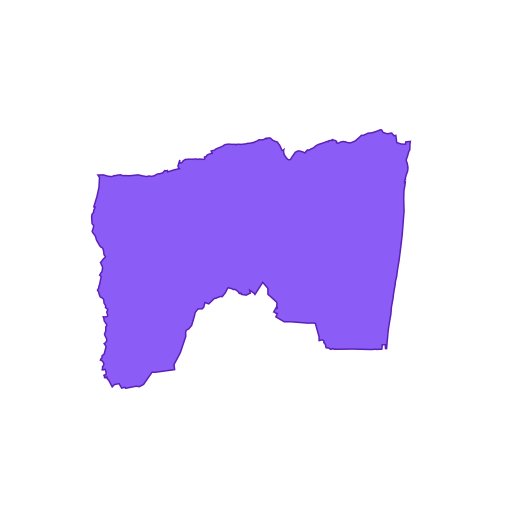 outline of Armería, Colima, Mexico, rotated 247°
{"feature_id": "50627088B45390656969896", "entity_name": "Armería", "entity_type": "district", "adm_level": 2, "iso_a3": "MEX", "parent_name": "Mexico", "parent_adm1": "Colima", "projection": "mercator", "projection_center": [-103.991, 19.009], "detail": "fine", "context": "isolated", "style": "filled", "palette": "violet", "viewbox_px": 512, "rotation_deg": 247, "n_neighbors": 0, "source": "geoboundaries", "source_scale": "gbopen_adm2", "svg_char_len": 6062}
<svg xmlns="http://www.w3.org/2000/svg" viewBox="0 0 512 512"><g transform="rotate(247 256 256)"><path d="M392.3,142.1L389.4,142.6L380.6,138.3L373.0,132.9L364.6,125.9L364.4,126.3L363.8,127.1L363.5,126.8L362.5,125.7L361.8,124.8L360.9,124.1L360.1,124.0L359.5,123.2L358.4,121.3L356.3,120.0L350.0,117.8L349.1,117.9L348.5,118.3L347.6,118.4L347.0,118.2L346.2,117.8L345.2,117.0L344.5,116.5L343.7,115.6L342.6,114.8L341.2,114.9L339.9,115.2L338.1,115.7L336.5,115.8L334.9,115.7L333.5,115.4L331.9,115.5L328.7,115.9L327.1,116.0L325.0,116.6L323.5,117.8L322.4,118.0L321.6,117.7L320.5,117.7L319.2,117.4L317.4,116.8L316.8,116.7L316.0,116.7L314.7,117.1L314.1,117.1L313.8,116.8L313.1,114.7L312.5,113.6L312.4,113.1L311.5,112.0L310.8,110.3L310.0,110.4L308.8,110.3L307.8,110.3L307.0,110.5L306.0,110.4L304.6,109.9L303.1,109.0L302.0,108.1L301.3,107.7L301.1,106.7L299.4,104.6L297.6,105.5L290.8,100.8L289.5,99.5L288.8,99.3L287.7,98.3L286.5,96.7L284.0,97.1L282.3,96.7L279.3,96.6L277.3,98.1L275.7,98.8L271.8,97.7L269.0,98.2L268.0,97.7L267.4,97.3L266.9,97.8L266.4,97.7L265.0,98.7L263.8,98.0L263.1,97.0L262.6,96.6L261.3,96.6L259.3,96.3L258.7,95.9L258.5,95.3L258.5,94.2L259.7,91.6L257.8,91.5L255.3,90.9L254.5,91.3L253.3,91.3L253.1,91.2L252.2,91.7L251.9,91.8L250.2,91.4L249.5,90.1L245.6,88.3L243.3,86.0L241.8,85.9L238.3,86.1L238.1,86.1L236.1,85.4L235.5,84.4L234.8,82.8L234.7,82.0L231.3,82.7L225.1,77.9L224.3,75.3L222.5,74.5L221.8,72.9L221.0,72.1L219.7,73.3L218.8,73.7L216.4,73.9L214.9,73.0L214.1,71.5L212.0,70.6L211.7,70.0L211.3,69.9L210.7,71.3L210.9,72.5L210.5,72.9L207.1,72.5L205.3,71.2L205.7,70.2L205.7,69.5L205.5,69.3L205.2,69.3L204.8,69.7L204.2,69.6L203.6,69.1L202.8,69.4L202.8,69.8L203.1,70.2L202.6,70.6L202.8,71.4L202.5,71.7L201.1,71.1L199.2,71.9L191.7,72.5L193.0,75.4L192.0,80.1L186.9,80.7L186.4,84.0L185.2,84.2L183.0,94.7L181.3,97.5L181.7,102.3L189.7,115.0L188.4,117.6L183.2,136.7L188.1,138.1L196.6,148.6L209.5,160.0L213.0,161.3L214.1,162.1L214.5,162.4L215.0,163.2L215.2,165.6L216.4,168.0L217.3,169.7L224.6,175.7L227.7,177.9L229.8,181.6L229.3,183.6L228.4,185.8L229.2,187.8L233.1,190.8L230.4,193.8L233.2,201.1L232.8,202.2L232.7,207.2L231.8,209.1L234.2,213.5L237.0,216.8L237.7,218.1L236.5,219.4L236.1,220.2L233.9,222.2L233.4,223.7L231.7,224.8L230.7,225.3L229.6,225.8L228.2,225.9L228.0,226.0L227.7,227.6L226.4,227.5L223.8,231.7L224.0,234.7L224.0,236.2L227.0,236.8L222.4,239.7L221.0,240.0L229.1,251.9L221.6,254.3L216.0,252.0L213.9,253.1L205.6,256.9L204.0,256.8L203.5,256.4L201.4,255.4L200.5,255.5L200.5,255.4L200.1,255.5L199.8,255.4L199.7,255.2L199.8,255.2L200.6,254.4L197.6,250.5L197.3,251.0L195.9,251.6L194.7,253.2L192.2,250.5L184.4,256.3L182.0,262.1L174.2,277.0L171.9,282.6L170.8,284.3L157.1,282.5L156.3,282.2L153.5,281.0L153.3,281.5L153.2,283.3L152.9,283.9L152.2,284.9L151.0,285.3L150.2,284.7L148.8,284.8L148.5,285.0L148.1,285.2L147.1,285.2L146.4,285.1L145.3,284.8L144.2,284.7L143.5,285.6L143.5,286.1L143.3,286.4L142.2,287.6L141.2,287.9L141.1,288.0L141.0,288.4L140.6,289.4L140.6,289.7L140.9,290.1L140.9,290.5L139.5,291.6L139.5,292.5L139.0,292.9L132.6,308.6L124.8,325.7L123.4,329.9L122.9,330.5L122.3,332.2L121.4,334.4L121.1,335.5L122.9,336.4L123.3,336.7L124.9,337.3L124.9,337.5L123.8,340.5L121.2,339.3L120.2,339.0L119.7,340.0L125.4,343.0L129.4,345.2L133.3,347.2L137.6,349.7L145.3,354.5L149.7,357.4L155.9,360.6L163.8,365.8L167.2,367.7L171.5,370.4L174.6,372.5L178.2,374.5L182.4,377.6L185.4,379.3L190.3,382.3L195.4,385.6L210.5,394.4L219.0,399.2L239.6,409.9L250.7,414.2L258.7,417.9L262.2,420.3L265.7,422.3L265.7,421.5L266.7,422.0L268.3,423.2L268.1,423.5L269.1,423.8L271.3,425.4L275.0,428.8L277.7,430.3L278.0,430.1L278.7,430.6L280.2,431.0L283.0,431.5L283.2,431.3L285.0,431.6L286.4,432.3L288.3,434.1L292.7,437.7L293.3,438.7L294.3,439.4L298.6,441.3L301.2,442.9L302.5,438.4L300.5,437.2L302.3,433.5L305.4,429.9L312.4,431.8L312.8,430.0L316.2,428.9L317.2,424.7L318.4,423.1L320.2,421.2L322.9,420.9L323.3,420.6L323.6,419.3L323.6,416.7L323.9,412.8L324.2,410.6L324.8,408.5L325.3,407.2L325.1,402.0L325.4,401.4L325.9,400.0L325.5,399.3L324.7,397.1L323.1,392.0L323.1,389.6L323.3,386.8L324.9,384.2L325.6,383.4L326.1,383.1L327.3,381.0L327.5,380.4L327.9,378.1L327.6,376.2L328.6,374.4L330.0,375.0L331.5,373.9L332.5,372.5L332.6,372.4L332.6,371.4L333.2,371.7L333.1,370.2L333.6,368.4L333.6,367.9L333.2,367.2L333.5,367.2L333.7,365.4L333.8,362.3L334.3,357.2L334.1,354.7L333.8,353.1L333.4,352.6L333.0,350.1L333.1,348.8L332.9,347.2L333.0,345.8L332.9,345.8L332.9,345.4L333.5,344.9L333.4,344.2L332.9,343.5L332.7,342.6L332.3,342.1L331.8,341.9L331.8,341.5L332.1,340.9L333.5,339.8L334.2,338.9L335.4,337.5L336.3,335.8L336.3,334.5L336.1,332.6L333.4,328.3L332.2,326.5L331.4,325.6L331.5,324.3L332.3,323.1L334.8,322.2L337.4,321.7L339.1,321.7L340.0,321.8L342.0,322.4L343.0,323.1L342.6,322.0L343.3,321.1L346.0,321.2L348.0,321.1L348.9,321.0L350.5,320.6L351.4,320.4L352.3,320.3L353.0,319.8L354.1,318.4L356.1,316.6L358.9,315.3L359.2,315.0L359.9,313.2L360.0,312.5L359.9,312.0L359.8,311.6L360.5,311.4L360.2,308.2L360.3,308.0L360.8,306.2L361.9,304.1L361.4,302.2L361.5,299.8L361.6,298.9L361.2,297.9L361.7,297.4L361.9,296.0L362.2,294.3L363.0,292.3L363.1,291.0L363.5,289.2L363.9,288.3L364.4,286.2L366.0,283.0L366.1,281.9L366.2,282.0L368.4,277.0L369.7,274.5L370.6,271.3L370.5,269.6L370.1,268.4L370.1,264.9L370.2,262.2L370.1,260.3L369.7,259.6L369.6,258.9L369.8,258.0L370.2,255.8L368.2,255.6L367.7,256.0L367.6,255.9L367.9,254.6L368.1,252.0L368.1,250.7L367.9,250.1L367.0,249.2L367.3,247.3L365.3,246.6L365.5,245.3L366.4,243.6L366.5,243.2L367.3,242.1L367.7,240.0L367.8,240.0L368.2,239.7L368.6,239.0L370.3,234.3L371.4,232.1L371.7,231.0L372.1,229.6L372.5,229.0L372.5,228.8L372.1,226.2L371.0,224.5L371.3,221.9L374.2,223.4L369.3,219.3L367.4,219.2L366.4,219.6L367.3,214.1L367.9,207.6L369.3,207.9L369.6,206.2L370.3,205.5L369.8,204.2L369.0,203.1L369.3,199.7L369.8,198.2L370.0,196.6L369.6,193.8L370.1,191.0L371.5,188.7L371.8,186.4L374.2,182.7L376.7,179.3L379.2,171.2L382.4,164.1L383.6,163.3L384.7,159.7L384.9,157.8L385.5,156.8L385.3,156.0L385.5,154.1L387.3,150.9L390.3,147.2L392.3,142.1Z" fill="#8b5cf6" stroke="#5b21b6" stroke-width="1.5"/></g></svg>